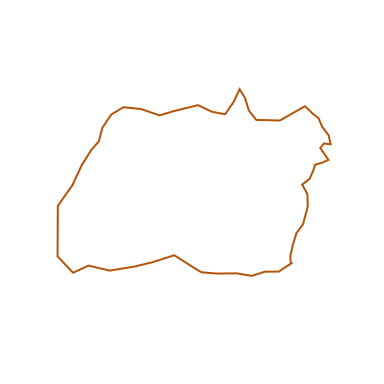 the district of Dodjé, Logone Occidental, Chad, rotated 254°
{"feature_id": "50815135B21432441174008", "entity_name": "Dodjé", "entity_type": "district", "adm_level": 2, "iso_a3": "TCD", "parent_name": "Chad", "parent_adm1": "Logone Occidental", "projection": "albers", "projection_center": [15.491, 8.666], "detail": "fine", "context": "isolated", "style": "outline", "palette": "amber", "viewbox_px": 384, "rotation_deg": 254, "n_neighbors": 0, "source": "geoboundaries", "source_scale": "gbopen_adm2", "svg_char_len": 1168}
<svg xmlns="http://www.w3.org/2000/svg" viewBox="0 0 384 384"><g transform="rotate(254 192 192)"><path d="M292.4,149.4L288.7,135.6L278.5,123.6L266.4,116.4L260.0,106.6L248.1,93.3L231.6,79.0L222.2,67.3L215.6,59.2L167.1,45.0L147.2,55.4L149.8,72.2L139.1,91.2L137.9,101.6L136.2,116.1L135.4,134.0L136.1,157.5L115.0,176.2L112.1,179.2L106.7,193.6L101.5,212.5L94.9,226.3L95.3,240.1L91.6,253.4L91.6,253.6L92.3,255.8L93.7,260.0L95.1,264.8L95.2,265.0L96.2,268.2L97.8,267.6L103.2,268.8L109.1,272.0L111.4,273.3L113.2,274.2L113.9,274.7L123.6,281.0L130.6,290.0L146.2,299.3L158.2,302.3L165.0,300.8L168.8,300.0L170.1,303.4L172.2,308.6L178.4,313.8L184.2,317.9L184.3,317.9L184.3,321.5L184.4,325.9L184.6,327.3L184.9,329.3L185.3,332.0L191.1,330.0L197.2,328.0L198.8,327.4L202.3,332.3L199.6,338.4L208.7,339.0L218.7,335.2L218.9,335.1L221.5,334.8L223.4,334.5L223.5,334.5L226.3,334.2L227.5,334.1L228.0,334.1L229.0,333.3L229.1,333.2L229.8,332.7L233.9,329.7L239.6,326.4L243.3,324.2L236.5,296.2L243.6,273.6L254.8,269.1L267.6,268.9L277.7,266.1L266.9,256.6L257.6,245.3L263.6,233.3L273.8,221.8L274.8,195.6L274.5,182.0L285.8,165.9L292.4,149.4Z" fill="none" stroke="#b45309" stroke-width="2"/></g></svg>